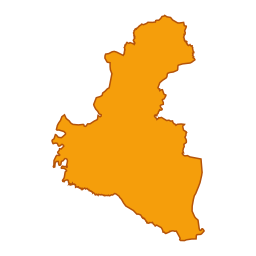 Phibun Mangsahan, Ubon Ratchathani, Thailand (Natural Earth projection)
{"feature_id": "78962969B76459956154531", "entity_name": "Phibun Mangsahan", "entity_type": "district", "adm_level": 2, "iso_a3": "THA", "parent_name": "Thailand", "parent_adm1": "Ubon Ratchathani", "projection": "natural_earth1", "projection_center": [105.21, 15.161], "detail": "fine", "context": "isolated", "style": "filled", "palette": "amber", "viewbox_px": 256, "rotation_deg": 0, "n_neighbors": 0, "source": "geoboundaries", "source_scale": "gbopen_adm2", "svg_char_len": 5792}
<svg xmlns="http://www.w3.org/2000/svg" viewBox="0 0 256 256"><path d="M196.1,238.9L196.3,235.8L196.6,235.0L197.5,234.6L200.5,234.4L201.5,233.9L204.0,231.2L204.0,230.5L202.6,228.8L201.8,228.9L200.8,230.5L200.0,230.4L199.7,230.0L199.2,228.7L198.0,220.1L195.5,217.9L194.6,216.7L192.1,211.1L192.2,206.1L193.4,199.4L194.3,195.8L195.7,193.5L198.6,186.4L200.0,182.6L201.6,175.6L202.1,172.4L201.0,159.0L189.9,156.9L187.5,155.6L184.9,155.9L183.6,155.3L182.3,153.7L182.3,153.1L182.9,152.7L183.5,152.8L182.9,150.8L183.4,148.2L184.2,146.7L183.9,144.3L186.3,142.5L186.4,141.0L186.1,139.5L184.9,137.2L185.9,135.4L186.0,133.6L186.6,132.5L186.0,132.1L186.1,131.7L183.5,130.1L182.8,127.0L182.8,126.2L183.4,125.1L184.2,124.9L184.5,124.4L181.1,124.0L177.3,124.3L175.9,125.3L175.0,124.1L174.1,123.8L172.9,122.4L172.5,120.9L170.6,121.1L169.0,120.2L166.6,120.5L161.4,117.4L159.6,117.9L158.8,117.6L158.7,118.1L156.9,119.5L156.6,118.5L155.2,117.3L154.4,116.0L155.2,114.9L156.3,115.8L156.9,115.7L157.0,114.4L158.1,113.3L158.6,111.5L159.4,110.7L159.6,109.8L160.9,110.2L162.1,109.6L162.2,109.0L160.7,107.4L160.2,105.8L161.2,104.9L163.3,104.3L163.3,102.6L162.4,100.4L162.4,99.6L164.2,98.8L165.9,95.6L165.8,94.9L164.7,94.7L163.8,93.8L162.4,89.7L160.9,89.9L159.8,90.7L159.4,89.7L159.5,88.9L159.0,88.9L157.9,87.8L159.8,82.7L162.4,80.4L166.2,77.9L166.9,76.7L167.3,74.0L167.8,73.3L169.7,72.5L173.3,72.0L177.2,70.3L177.7,69.6L177.9,65.9L178.3,65.2L182.6,63.9L190.1,63.0L191.7,62.2L194.9,59.8L194.2,58.4L193.1,57.7L193.7,56.7L192.6,55.4L193.0,54.7L192.6,53.1L193.7,52.9L193.9,52.1L193.2,51.4L192.6,48.6L192.7,47.5L192.0,46.6L192.1,45.8L190.9,45.9L190.1,44.8L189.9,45.2L189.0,45.0L188.4,45.5L187.3,44.6L187.1,44.9L187.3,44.0L186.6,43.4L186.8,42.8L186.1,42.2L186.4,42.1L186.3,41.5L186.5,41.4L185.8,41.0L184.8,41.0L184.3,40.0L184.5,39.5L184.1,38.8L184.1,38.0L183.6,37.3L184.2,35.6L184.1,34.4L184.8,34.5L185.1,34.0L185.2,32.2L184.7,31.4L184.7,30.7L186.1,27.4L186.3,26.3L186.0,26.0L185.7,26.2L184.3,25.6L183.6,22.4L179.4,23.0L177.6,22.9L172.5,19.9L170.6,17.5L166.9,16.8L164.7,15.4L164.2,16.0L162.0,16.5L160.6,18.6L158.7,20.3L156.8,20.2L155.7,20.6L155.4,22.0L152.5,22.4L147.9,22.3L146.6,23.4L143.5,24.7L141.6,24.1L140.6,25.3L139.9,25.5L139.3,26.3L138.9,26.3L137.7,27.8L136.3,28.5L136.3,29.1L135.5,28.9L135.0,29.2L134.7,30.3L134.1,30.6L134.0,31.9L133.5,32.9L134.0,34.4L133.9,35.8L134.3,36.2L134.5,36.0L134.7,36.4L134.5,36.6L134.7,37.7L134.3,37.6L134.4,38.5L133.3,40.3L133.8,41.4L134.2,41.6L134.0,42.1L134.9,43.0L134.5,44.1L134.2,44.5L133.6,43.9L130.0,42.6L129.0,43.3L128.3,43.2L127.0,42.4L126.4,43.1L125.8,44.7L125.4,45.2L125.1,45.0L124.8,45.9L124.9,46.5L124.2,47.6L124.7,48.2L124.7,49.4L125.0,49.9L124.6,50.2L124.6,51.2L124.2,52.2L124.5,52.8L124.2,53.2L124.3,53.8L123.8,54.1L123.2,55.4L116.6,52.1L114.2,51.4L112.1,51.8L108.7,53.6L105.6,54.1L105.0,55.9L104.9,58.1L107.0,61.9L107.7,62.3L110.1,62.7L110.1,66.6L110.4,69.8L111.9,73.7L109.3,87.2L109.0,87.9L107.3,88.9L105.1,91.2L102.7,93.0L102.1,95.4L100.3,96.5L96.3,97.7L93.7,104.4L94.0,105.7L95.6,108.9L97.9,111.5L99.0,113.8L101.2,114.7L101.2,116.0L100.1,116.8L98.0,115.5L97.5,119.1L96.9,119.8L94.2,121.1L90.1,123.8L87.6,123.9L86.1,126.0L85.2,126.4L84.2,126.0L83.7,124.6L83.2,124.4L78.5,124.9L72.9,124.4L70.7,123.0L69.3,121.0L66.2,118.5L64.5,114.8L61.9,116.7L60.5,120.4L58.6,123.1L57.4,125.4L56.4,129.5L57.0,130.1L58.9,130.0L63.9,131.5L65.5,133.1L65.4,134.3L62.6,136.8L61.3,137.7L58.3,137.3L56.2,134.9L55.4,134.6L54.0,138.8L52.3,140.0L52.0,140.9L52.7,143.0L53.2,143.7L55.2,143.1L56.9,143.2L57.4,143.6L58.3,145.7L58.8,146.1L59.7,146.0L62.0,144.3L63.5,145.3L63.8,146.2L61.1,149.0L59.6,148.7L59.2,150.4L57.8,152.0L57.7,152.8L59.7,154.7L59.7,155.2L59.3,155.5L56.9,155.3L56.1,156.1L54.0,160.5L53.9,164.8L53.3,166.7L53.8,167.3L54.8,166.9L55.1,163.4L56.2,161.4L58.2,161.4L58.9,164.8L59.2,165.2L59.9,165.3L60.8,164.7L61.4,161.4L63.1,160.7L64.8,158.6L66.2,158.7L67.0,159.3L67.4,160.4L67.4,161.7L66.7,165.0L67.2,166.4L67.0,167.3L66.7,167.4L65.8,166.4L64.2,166.6L62.6,166.1L61.8,166.6L61.3,167.6L61.3,168.1L61.6,168.3L64.3,168.4L66.0,169.7L66.6,170.8L65.2,171.9L64.3,177.2L63.8,178.5L62.5,180.3L62.8,181.4L64.2,181.7L64.5,181.1L64.3,180.8L66.4,180.0L67.7,180.0L68.3,180.8L68.6,182.5L69.1,183.0L68.9,183.8L69.1,183.6L69.3,183.9L69.7,183.5L69.5,183.9L69.9,183.9L70.1,184.7L70.4,184.4L70.6,184.6L70.7,184.2L71.0,184.5L71.4,184.2L71.4,184.7L71.8,184.6L71.6,184.4L72.4,183.2L72.5,183.6L73.1,183.9L72.9,184.3L74.5,184.1L74.8,184.4L74.7,184.7L75.5,184.9L75.6,187.3L77.1,186.7L77.7,187.2L78.4,186.8L79.1,187.9L80.3,188.1L80.3,188.4L80.7,188.5L81.1,188.4L81.2,188.7L81.3,188.4L81.7,188.4L82.1,188.7L81.9,189.0L82.4,189.4L82.7,188.5L83.4,188.9L84.5,188.1L85.2,188.3L85.5,189.0L87.1,188.4L88.0,189.5L88.8,189.5L89.1,190.6L90.0,190.6L90.3,191.1L90.9,190.9L91.4,191.6L92.1,191.7L92.2,192.2L93.1,192.5L93.0,192.9L93.3,192.7L94.4,193.4L95.2,194.8L95.7,194.9L95.9,194.5L96.4,194.3L96.5,194.6L97.5,194.6L98.1,195.3L98.5,194.4L100.9,194.9L101.0,194.6L101.7,194.5L103.3,195.2L103.9,195.1L103.9,195.5L104.9,195.8L105.7,195.4L108.0,195.6L108.4,195.2L109.5,195.8L110.8,195.3L111.3,194.8L112.6,195.0L114.8,193.5L116.4,194.2L119.2,196.3L119.7,197.4L121.5,199.3L123.6,203.0L125.8,206.0L133.4,210.5L136.8,214.1L138.3,214.1L140.6,214.9L141.7,216.6L141.8,217.1L142.5,217.3L142.6,217.9L143.3,218.0L143.1,218.4L143.5,218.6L144.5,218.6L144.5,219.0L145.9,220.6L145.9,221.1L146.7,221.8L146.8,222.6L147.2,222.4L147.7,223.1L148.9,223.2L149.7,222.5L151.7,222.7L152.4,222.4L153.2,223.8L154.9,225.4L155.2,226.0L156.6,225.1L161.2,227.6L162.4,229.6L163.1,232.2L164.4,232.2L165.1,233.2L165.8,233.5L169.3,232.0L169.9,231.3L170.4,231.5L171.4,231.0L173.0,230.8L174.9,231.3L176.3,231.1L179.8,237.5L180.1,238.6L179.7,239.7L180.6,240.5L184.5,240.6L186.4,239.8L191.6,239.0L196.1,238.9Z" fill="#f59e0b" stroke="#b45309" stroke-width="1.5"/></svg>